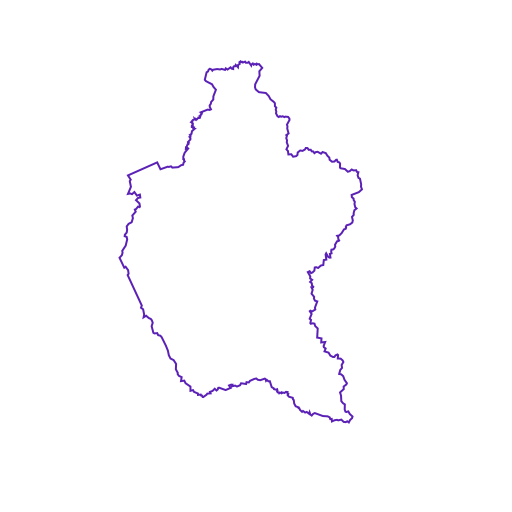 El Carmen, Manabi, Ecuador, rotated 156°
{"feature_id": "8360857B97185681080722", "entity_name": "El Carmen", "entity_type": "district", "adm_level": 2, "iso_a3": "ECU", "parent_name": "Ecuador", "parent_adm1": "Manabi", "projection": "mercator", "projection_center": [-79.579, -0.327], "detail": "fine", "context": "isolated", "style": "outline", "palette": "violet", "viewbox_px": 512, "rotation_deg": 156, "n_neighbors": 0, "source": "geoboundaries", "source_scale": "gbopen_adm2", "svg_char_len": 6125}
<svg xmlns="http://www.w3.org/2000/svg" viewBox="0 0 512 512"><g transform="rotate(156 256 256)"><path d="M221.6,132.9L223.8,132.9L225.4,131.9L226.7,132.4L228.6,134.7L229.0,138.2L232.2,141.0L230.0,143.2L231.1,145.0L230.9,146.2L227.8,149.3L231.6,150.5L229.7,154.1L233.3,156.6L229.1,164.7L230.4,167.9L230.1,170.4L231.4,171.4L233.5,171.8L233.7,172.5L231.7,175.3L232.5,176.8L228.8,180.4L229.3,183.7L228.5,183.9L227.3,182.5L223.6,183.0L223.2,184.8L218.5,189.6L220.3,191.2L220.4,193.6L219.5,195.0L220.6,199.0L218.0,202.0L218.1,204.8L216.6,204.2L216.2,204.5L216.8,206.3L216.1,208.4L217.1,210.3L214.4,211.4L215.7,213.5L214.7,215.3L215.2,220.2L213.2,220.3L212.7,218.0L211.0,218.0L208.6,218.9L207.0,221.6L205.6,221.3L204.1,219.8L200.6,220.9L198.2,220.4L195.7,224.7L193.2,224.1L191.8,229.1L190.8,229.9L190.4,225.8L189.5,224.6L188.6,224.3L187.6,227.9L185.9,227.7L185.3,230.0L184.5,231.1L182.8,230.6L181.5,231.0L179.8,232.3L179.2,234.2L175.9,236.5L174.3,236.1L173.7,236.4L174.0,237.6L173.3,239.8L173.6,241.4L171.5,240.9L168.4,242.1L164.9,244.5L162.9,244.4L162.1,245.3L162.2,246.0L160.8,247.2L157.2,246.7L154.4,247.4L153.1,249.1L152.4,252.7L150.0,253.8L149.4,255.4L147.5,257.8L144.8,258.5L145.5,260.2L144.9,263.4L143.7,265.3L144.0,267.6L143.5,268.8L144.5,270.7L143.8,272.9L136.1,272.5L132.1,273.8L131.9,276.6L130.8,278.7L129.8,283.2L129.6,284.4L130.6,285.7L130.3,288.5L128.4,290.9L129.6,291.8L129.6,293.6L132.1,294.5L133.4,296.1L135.9,295.4L137.8,295.6L139.4,299.3L143.1,301.8L143.3,302.7L141.6,306.2L141.8,307.6L143.1,308.7L143.0,311.1L143.7,311.3L145.9,310.4L148.2,311.2L149.6,314.0L149.0,316.1L150.0,318.5L150.4,321.6L152.9,323.9L155.0,323.0L157.3,326.1L159.0,326.6L160.8,326.2L161.2,328.2L162.5,328.9L162.8,330.8L164.6,331.5L165.1,333.7L166.6,334.4L167.9,333.4L170.7,333.1L172.7,334.4L175.8,333.6L177.1,331.4L178.7,330.9L181.7,331.6L182.4,334.6L185.1,335.6L184.1,338.9L184.8,341.1L181.9,343.6L181.7,347.2L180.6,349.1L180.4,351.4L178.8,353.3L179.1,354.1L176.4,354.7L175.6,359.8L174.5,361.7L174.3,363.4L170.1,366.6L169.6,368.0L170.1,370.0L172.5,371.4L173.5,371.3L174.8,372.8L176.4,373.0L177.2,374.0L178.7,373.7L179.5,375.0L179.7,378.2L178.7,379.7L178.4,381.8L177.1,383.2L177.8,385.1L176.6,387.9L177.0,389.4L179.0,393.2L179.3,396.9L180.7,400.9L186.7,404.5L188.5,408.3L188.3,410.5L186.9,413.2L179.4,419.2L177.8,423.4L173.8,425.3L175.2,430.1L176.5,430.4L177.0,431.3L177.9,430.6L178.8,431.9L180.3,431.7L180.6,433.2L182.3,432.8L182.9,432.0L183.7,436.2L184.9,435.9L186.7,436.7L186.9,438.0L189.3,438.1L189.5,438.9L190.7,439.1L190.9,440.1L192.3,439.8L192.9,438.0L194.7,437.8L195.7,435.8L196.8,438.8L197.8,437.8L198.8,438.3L200.1,437.7L200.8,436.1L202.1,437.1L202.5,438.7L206.2,437.9L207.3,439.7L208.6,438.6L211.3,440.9L212.9,441.0L215.5,442.6L219.4,443.6L220.5,443.1L220.8,444.5L222.0,445.8L223.4,445.5L224.8,444.1L226.4,443.9L231.1,437.8L230.6,436.1L226.3,430.7L226.1,427.9L225.0,424.2L230.0,419.2L231.4,416.3L234.3,415.0L235.4,413.4L237.1,412.4L237.6,410.9L237.5,408.3L239.0,408.3L240.6,409.4L247.8,409.7L247.1,408.8L248.1,407.7L248.8,407.9L249.5,406.9L250.2,406.8L249.8,406.5L251.2,405.0L252.8,405.6L254.7,404.8L255.3,405.7L255.7,405.2L256.2,406.3L256.3,405.7L258.4,405.9L260.7,404.7L259.8,404.0L260.3,403.5L259.9,402.3L261.7,401.0L262.2,399.9L261.7,399.5L260.9,400.2L261.3,398.9L260.5,398.6L261.1,397.9L260.2,397.2L263.7,396.1L265.3,393.8L267.1,393.5L266.8,392.6L267.4,391.6L268.3,391.7L268.1,390.0L268.6,389.1L271.7,387.8L271.4,386.8L272.1,386.8L272.4,385.6L273.2,385.8L274.8,384.1L275.6,384.0L276.4,382.6L274.7,382.7L274.2,381.8L279.1,379.4L281.9,376.5L283.0,374.1L282.4,373.7L282.9,372.4L282.6,371.4L284.2,370.7L285.5,369.0L287.4,369.4L290.9,368.8L296.5,370.8L297.2,372.5L299.4,372.8L300.3,373.5L308.0,374.1L308.2,381.7L340.2,381.7L339.4,376.7L340.9,375.7L342.1,370.1L347.7,364.8L345.5,364.3L344.1,362.9L341.1,363.9L340.2,359.6L337.1,359.3L337.9,356.5L340.2,357.0L342.9,355.8L341.1,351.4L341.9,348.4L342.5,348.0L343.7,349.1L346.4,347.7L347.8,347.7L347.9,345.4L352.5,343.3L353.1,340.6L355.9,337.4L359.3,337.2L362.1,335.6L363.1,332.3L364.6,330.0L367.1,328.8L367.9,327.5L366.4,326.1L366.9,323.6L370.8,318.5L376.1,315.1L376.6,313.2L378.2,311.3L381.4,309.9L381.1,298.9L379.5,299.2L378.6,295.1L379.6,291.6L381.0,290.8L380.5,257.2L382.1,255.5L380.8,253.2L382.0,248.0L383.6,245.7L380.7,246.1L379.1,242.8L377.7,241.3L377.3,239.6L377.5,237.0L379.9,234.3L381.0,227.6L380.3,226.6L377.6,225.7L377.6,223.5L375.8,222.1L375.2,220.2L374.8,210.7L375.0,205.3L376.0,200.8L375.8,197.1L373.6,194.4L372.9,189.9L375.3,185.1L375.0,181.1L375.6,180.0L375.2,177.9L373.2,175.6L375.4,172.2L372.2,171.3L372.1,168.4L369.0,163.4L370.7,159.5L368.1,159.1L367.9,157.1L365.0,154.0L365.5,152.7L362.9,151.9L363.0,151.0L362.2,150.6L362.1,148.9L361.6,148.6L357.6,149.4L356.5,150.1L353.4,149.0L353.3,150.6L350.6,150.4L347.7,151.5L346.8,149.2L345.3,149.6L344.1,150.9L343.3,150.7L338.3,145.9L332.8,145.8L333.3,148.7L331.1,148.6L329.9,148.0L330.9,146.7L327.8,146.1L326.5,144.5L323.2,144.4L321.4,145.8L317.1,143.1L316.0,144.6L314.0,143.4L312.3,144.4L307.7,144.4L305.6,144.0L304.7,142.2L302.6,140.8L297.8,140.4L297.3,139.6L297.6,137.8L296.4,138.2L295.6,136.4L294.3,136.0L295.0,129.8L293.6,127.9L293.7,127.0L292.0,125.7L290.9,125.7L291.1,124.3L291.9,123.6L291.5,122.4L290.5,122.0L290.6,121.1L288.2,121.1L288.3,120.2L286.9,120.2L285.6,119.3L283.9,119.7L282.5,118.9L283.2,117.6L282.6,116.9L283.7,116.0L283.1,114.0L280.1,111.5L280.5,109.9L280.1,109.0L281.1,105.7L280.9,102.6L278.6,100.3L278.9,99.7L278.4,99.3L278.4,97.6L277.3,94.9L276.1,95.3L274.8,93.0L273.1,92.9L271.7,90.3L270.6,91.5L270.8,89.0L270.0,87.6L268.1,88.5L266.2,88.6L260.0,82.6L255.8,80.4L254.3,78.6L254.5,76.8L253.1,76.4L253.9,74.0L251.0,74.0L248.7,73.4L247.7,72.4L244.6,71.8L243.4,68.8L241.6,67.7L239.9,67.9L238.9,66.2L236.8,67.9L234.2,68.8L233.1,70.1L234.6,73.5L234.9,76.5L236.9,76.7L237.6,77.4L237.4,79.7L235.2,84.3L236.4,86.1L237.1,88.7L235.1,93.9L234.7,97.2L230.0,98.7L229.0,101.1L225.7,101.9L224.7,102.8L225.5,106.9L225.2,110.8L226.3,113.2L228.0,114.4L225.4,117.6L222.9,118.8L222.1,121.6L219.3,123.6L219.3,125.3L220.4,127.8L223.0,129.1L221.3,132.1L221.6,132.9Z" fill="none" stroke="#5b21b6" stroke-width="2"/></g></svg>